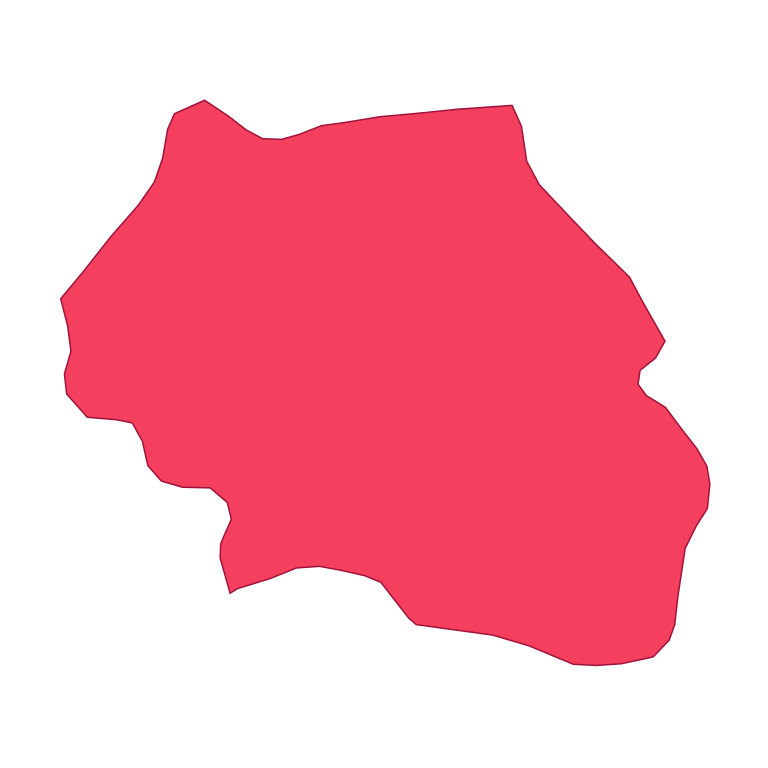 the district of Lèkoni-Lèkori, Haut-Ogooué, Gabon, rotated 86°
{"feature_id": "22940354B21912666573849", "entity_name": "Lèkoni-Lèkori", "entity_type": "district", "adm_level": 2, "iso_a3": "GAB", "parent_name": "Gabon", "parent_adm1": "Haut-Ogooué", "projection": "natural_earth1", "projection_center": [13.947, -1.086], "detail": "fine", "context": "isolated", "style": "filled", "palette": "rose", "viewbox_px": 768, "rotation_deg": 86, "n_neighbors": 0, "source": "geoboundaries", "source_scale": "gbopen_adm2", "svg_char_len": 1109}
<svg xmlns="http://www.w3.org/2000/svg" viewBox="0 0 768 768"><g transform="rotate(86 384 384)"><path d="M626.3,368.6L633.8,332.7L642.1,293.1L655.1,258.1L676.8,214.7L679.6,191.4L679.6,166.5L675.0,134.5L659.5,117.4L644.4,110.8L616.7,105.7L568.9,95.0L546.9,82.1L530.8,70.1L506.5,65.9L488.4,67.7L470.8,76.1L451.1,89.3L427.0,104.8L413.8,123.1L401.9,130.6L388.2,127.6L377.1,111.4L360.9,100.7L318.9,120.8L294.6,131.6L258.2,163.9L230.7,186.8L195.9,215.3L171.7,226.1L136.5,228.9L115.0,236.8L115.0,291.1L116.3,330.9L117.1,369.2L120.7,409.0L121.9,428.2L129.2,451.5L132.8,469.3L130.8,488.0L121.1,503.5L105.7,520.8L88.4,543.2L99.7,574.1L114.6,582.0L143.4,589.1L166.4,598.9L188.6,616.7L217.8,646.1L251.3,676.5L276.4,700.6L304.2,695.5L329.5,694.0L351.6,702.1L371.8,701.3L396.5,682.3L400.9,653.8L405.3,637.8L424.3,629.0L448.9,625.3L465.3,612.9L472.9,592.4L475.5,564.7L491.3,548.6L508.3,545.7L524.7,554.4L532.3,558.1L546.2,559.6L570.9,554.4L582.0,552.1L577.8,544.2L570.2,511.3L561.4,484.3L561.4,460.9L567.1,439.0L574.0,416.3L581.6,401.0L619.4,375.6L626.3,368.6Z" fill="#f43f5e" stroke="#9f1239" stroke-width="1.5"/></g></svg>